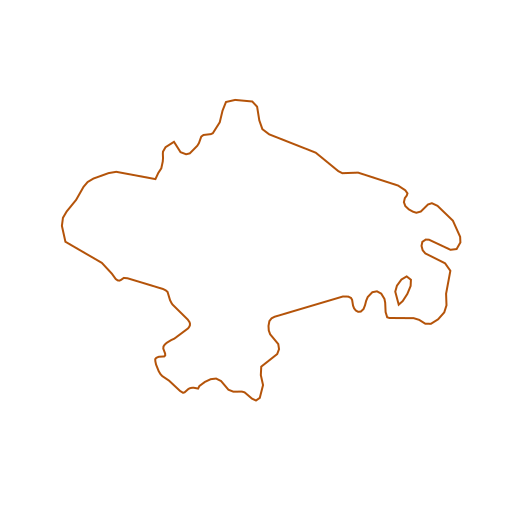 an SVG outline of Avellino, rotated 193°
{"feature_id": "ITA-5399", "entity_name": "Avellino", "entity_type": "Province", "adm_level": 1, "iso_a3": "ITA", "parent_name": "Italy", "parent_adm1": "", "projection": "albers", "projection_center": [15.029, 41.0], "detail": "fine", "context": "isolated", "style": "outline", "palette": "amber", "viewbox_px": 512, "rotation_deg": 193, "n_neighbors": 0, "source": "natural_earth", "source_scale": "10m", "svg_char_len": 2301}
<svg xmlns="http://www.w3.org/2000/svg" viewBox="0 0 512 512"><g transform="rotate(193 256 256)"><path d="M91.1,310.8L94.3,310.2L97.1,307.2L97.0,303.1L94.9,299.1L91.6,296.6L70.1,291.4L63.3,285.3L62.3,262.0L59.3,250.8L59.9,243.4L64.3,235.3L70.3,229.3L75.8,228.1L82.7,230.5L88.4,230.9L112.1,225.6L114.4,225.8L117.1,230.5L119.6,239.5L121.2,243.1L125.5,247.5L130.2,248.8L134.5,246.9L137.9,241.2L138.6,237.1L138.7,232.6L139.3,228.5L141.4,225.4L143.9,224.6L146.4,225.3L148.6,227.0L150.3,229.5L152.5,234.9L154.0,236.5L157.0,237.2L162.2,236.1L224.2,201.0L226.8,198.8L228.3,195.6L228.1,190.7L226.8,186.3L224.6,182.9L214.5,175.2L212.6,170.4L213.3,165.2L226.0,149.4L224.5,141.0L220.1,131.8L220.4,118.6L223.5,115.2L227.8,116.1L236.5,120.6L239.3,120.7L247.5,118.7L252.8,119.5L261.9,126.3L267.3,127.6L272.4,125.8L277.5,121.8L281.9,116.6L282.6,113.8L287.2,113.6L288.7,113.2L290.5,112.4L291.9,111.3L294.9,107.1L296.3,106.3L299.6,107.4L312.7,115.0L320.3,117.9L322.5,119.4L324.9,121.9L329.0,127.8L330.4,130.8L331.0,132.8L330.4,134.1L329.3,135.1L327.9,136.0L322.8,137.5L322.1,138.7L322.6,140.5L325.5,144.9L325.8,147.0L325.2,148.7L324.3,150.2L323.2,151.6L319.6,155.1L317.0,157.1L305.9,170.2L305.2,171.8L304.8,173.5L305.1,175.2L305.9,176.6L308.2,178.7L326.4,189.9L327.6,191.0L329.8,193.6L334.1,201.1L336.2,202.2L339.0,202.9L376.1,205.4L379.9,204.9L382.2,202.3L383.5,201.3L385.2,201.1L387.5,202.0L392.4,206.3L404.6,214.6L444.9,227.0L451.9,241.7L452.7,249.8L450.5,256.8L443.9,270.2L439.6,284.6L436.7,290.2L431.8,294.9L418.3,303.6L411.1,306.6L371.3,308.3L369.9,314.9L368.0,320.1L368.1,327.0L368.6,330.4L369.8,334.8L370.1,336.8L368.6,341.7L361.6,348.8L352.9,340.2L347.0,339.4L343.6,341.1L338.0,350.2L337.0,353.2L336.2,360.0L334.4,362.1L327.4,364.6L325.7,365.9L321.4,378.1L321.3,390.1L319.9,399.3L311.4,403.4L294.4,405.7L288.5,401.7L283.3,388.9L278.3,381.0L270.5,377.5L221.0,370.1L194.9,357.2L190.5,356.1L175.3,360.2L133.4,356.6L125.3,353.6L122.5,351.1L122.7,348.8L124.0,345.9L124.0,341.7L121.7,338.2L117.6,335.8L113.1,334.5L109.5,334.2L105.4,336.4L100.0,344.9L96.5,347.0L90.4,345.7L72.1,334.7L61.4,320.6L59.9,315.2L62.1,307.9L67.9,305.8L91.1,310.8ZM104.6,270.0L109.0,265.8L112.0,258.8L112.3,252.6L106.0,240.7L102.9,245.1L100.0,253.1L98.6,261.6L99.7,267.7L104.6,270.0Z" fill="none" stroke="#b45309" stroke-width="2"/></g></svg>